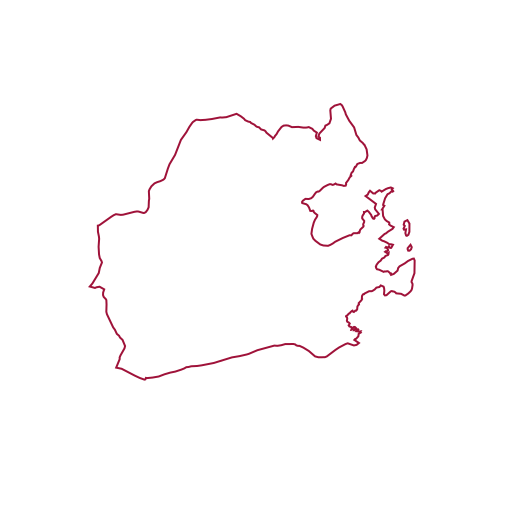 Mtwara, Mtwara, United Republic of Tanzania (Equal Earth projection), rotated 36°
{"feature_id": "72390352B92435052932896", "entity_name": "Mtwara", "entity_type": "district", "adm_level": 2, "iso_a3": "TZA", "parent_name": "United Republic of Tanzania", "parent_adm1": "Mtwara", "projection": "equal_earth", "projection_center": [40.045, -10.477], "detail": "fine", "context": "isolated", "style": "outline", "palette": "rose", "viewbox_px": 512, "rotation_deg": 36, "n_neighbors": 0, "source": "geoboundaries", "source_scale": "gbopen_adm2", "svg_char_len": 6156}
<svg xmlns="http://www.w3.org/2000/svg" viewBox="0 0 512 512"><g transform="rotate(36 256 256)"><path d="M110.2,324.4L113.9,329.3L117.5,332.6L119.0,334.3L123.2,341.0L128.1,347.0L130.8,349.5L134.0,350.9L135.2,351.8L136.6,357.4L138.8,362.2L139.8,374.4L139.5,378.4L144.5,376.5L145.3,375.1L147.5,372.8L152.8,372.2L153.8,375.4L155.2,377.5L156.8,378.6L160.0,379.2L160.9,379.7L163.6,383.1L167.7,389.1L169.6,390.7L182.4,397.7L185.2,398.6L189.2,400.8L192.1,401.0L193.9,401.9L197.3,402.3L203.0,405.8L203.9,408.1L204.8,416.1L205.3,418.2L206.3,419.5L206.6,420.6L208.5,428.5L213.6,426.2L228.4,424.0L233.6,423.0L238.4,421.6L239.0,420.9L238.6,419.3L239.4,419.0L243.7,415.2L248.1,410.7L251.5,405.5L255.2,400.7L258.6,397.0L262.3,391.9L264.0,389.2L265.0,386.9L266.7,385.4L268.4,383.3L273.0,379.6L276.2,376.5L284.7,367.4L296.1,352.2L301.6,346.6L306.4,341.1L307.7,339.4L312.5,331.4L323.5,317.7L326.1,316.1L328.9,313.3L331.4,310.1L338.0,305.2L339.7,304.5L341.2,304.6L342.6,304.1L344.1,303.1L348.1,302.3L354.6,301.8L362.8,302.5L366.1,301.2L371.2,297.4L372.3,295.7L375.5,285.2L377.0,281.1L380.2,274.6L381.4,272.9L381.0,272.9L387.8,270.8L389.6,268.8L390.4,265.9L384.9,266.1L385.0,264.9L385.6,264.2L386.0,260.9L384.8,258.5L385.7,256.4L385.0,256.3L384.9,255.5L383.8,256.5L381.7,257.7L382.0,256.5L382.0,255.4L381.5,255.3L378.9,258.3L378.6,257.4L379.2,256.2L379.2,255.5L377.8,255.3L377.0,255.7L376.4,257.1L376.9,258.4L376.8,259.4L376.5,259.7L376.0,258.2L375.6,257.8L374.9,257.5L372.9,258.1L371.7,257.6L371.8,257.0L371.5,255.5L370.2,255.3L368.4,255.5L367.6,255.0L366.6,253.0L365.8,252.3L364.4,252.0L364.2,251.4L364.8,250.3L364.9,248.1L365.4,247.5L365.5,245.7L365.9,244.1L366.2,243.5L367.2,244.0L368.1,243.8L368.5,241.7L369.1,241.4L369.2,240.6L369.2,239.7L367.7,237.2L367.6,235.0L367.8,234.7L366.8,233.8L367.3,229.7L367.1,228.4L366.7,228.3L365.3,226.1L365.1,224.4L365.3,223.7L365.9,223.3L365.9,222.5L368.2,218.0L370.3,216.5L370.8,215.6L371.7,213.3L372.0,210.8L374.1,208.5L374.2,206.5L377.2,205.8L378.5,206.7L380.2,208.6L382.0,211.7L383.5,212.1L384.6,211.0L385.8,205.4L386.5,204.5L387.7,204.2L388.3,203.7L390.2,203.5L391.4,203.8L395.6,201.3L399.3,200.8L400.1,200.1L401.2,196.9L401.8,193.7L401.8,192.2L401.4,190.7L399.7,187.4L398.8,186.4L397.1,185.6L396.6,184.7L394.3,176.8L387.0,166.4L385.2,165.3L384.2,166.3L381.9,170.7L380.7,174.5L378.2,180.0L378.1,182.2L379.1,184.6L378.0,189.5L376.4,191.8L375.5,190.8L374.9,191.3L374.6,191.0L371.9,190.8L371.0,191.2L370.4,192.0L369.0,193.0L368.6,193.8L363.7,194.7L361.6,195.6L359.9,194.9L359.6,194.2L359.1,194.0L358.7,192.0L358.8,189.0L359.6,186.5L359.5,184.1L360.7,181.8L360.7,179.9L362.2,177.6L362.1,176.7L361.5,175.6L361.2,176.5L358.0,176.7L358.3,175.7L359.1,175.3L359.6,173.9L358.7,173.0L356.9,172.7L355.9,173.1L355.9,172.2L357.0,172.1L357.7,171.5L357.8,170.1L359.8,170.6L360.6,169.9L360.2,166.4L358.2,167.2L357.2,168.1L354.2,168.2L350.9,168.8L349.2,169.4L345.6,169.6L347.1,162.5L347.8,161.4L348.5,158.7L350.5,153.8L350.5,151.7L346.9,152.3L345.1,152.2L344.7,151.2L344.1,150.6L341.2,150.9L338.7,150.6L335.3,148.9L331.1,144.0L330.6,144.3L330.3,139.9L329.0,140.1L328.6,139.6L326.5,133.4L326.1,128.7L327.1,126.8L327.6,124.0L328.7,123.7L328.9,122.9L326.6,122.2L326.8,120.9L324.8,121.3L322.9,123.6L321.7,125.5L319.8,130.1L318.7,129.9L317.1,130.3L315.6,134.5L315.7,135.3L314.1,136.5L309.9,136.2L309.8,138.2L310.3,140.6L309.4,143.1L322.5,143.3L323.6,147.0L325.0,148.2L330.7,149.7L330.3,152.0L328.9,153.6L329.0,154.7L329.7,155.7L329.6,156.6L328.5,156.9L325.8,155.7L325.1,155.1L321.4,154.0L319.4,153.8L318.2,156.6L317.5,157.0L318.4,158.1L318.5,160.7L319.0,162.1L319.9,163.2L322.9,164.0L323.6,165.1L324.0,167.2L324.6,168.0L325.4,168.4L325.6,169.3L324.9,172.9L325.0,174.2L325.9,176.1L325.8,176.7L325.1,176.5L324.6,178.0L321.7,180.1L321.2,181.1L321.0,183.2L319.5,184.2L315.7,190.3L311.7,197.9L310.8,200.7L309.6,203.3L308.3,205.4L304.3,207.9L301.2,208.9L295.1,208.8L292.2,208.3L290.2,207.1L287.8,205.5L285.4,201.0L283.1,195.0L282.4,191.9L282.3,189.1L282.0,187.6L281.5,186.8L278.2,186.7L276.8,186.4L276.0,185.7L275.4,185.7L274.7,186.8L273.4,187.6L270.4,185.6L267.9,184.6L266.2,184.6L262.3,186.0L261.5,185.3L261.4,183.8L262.4,180.7L265.2,178.9L266.7,176.8L267.2,174.7L267.1,171.0L267.2,169.1L268.0,167.6L268.8,167.1L269.3,165.8L270.0,161.5L270.4,160.1L272.2,156.5L273.4,154.6L274.4,153.9L276.1,153.5L276.9,152.6L277.8,150.6L279.1,150.7L284.1,148.2L285.8,147.7L287.2,146.4L286.9,145.2L285.9,144.0L286.0,140.3L285.6,137.3L286.0,135.2L285.1,135.1L284.4,132.3L284.8,130.6L284.1,128.2L283.7,125.8L284.2,125.6L284.2,124.3L283.9,122.0L285.5,119.5L287.1,118.4L288.3,115.2L288.5,113.9L288.1,111.6L287.1,109.2L282.8,104.7L278.2,102.2L277.8,102.4L276.0,101.8L272.1,101.5L269.1,100.0L266.1,99.1L259.8,94.3L252.0,91.8L245.4,88.6L243.8,87.3L238.0,84.0L236.6,83.5L234.8,83.5L231.2,88.2L229.8,92.8L230.5,94.5L236.0,100.9L237.4,105.5L236.4,108.2L235.5,109.7L236.3,112.1L235.3,119.7L236.3,122.7L238.2,122.7L239.5,124.4L235.7,125.1L234.0,123.9L232.7,120.4L229.1,120.6L226.8,120.0L222.9,120.7L221.5,122.3L219.0,124.2L214.3,126.7L209.4,130.6L205.5,131.5L203.6,132.6L201.7,134.3L200.8,136.6L200.6,142.2L201.0,145.5L200.8,147.6L201.0,149.0L200.7,151.0L200.2,150.6L191.9,150.1L190.4,149.5L189.0,149.4L185.7,150.6L182.8,150.1L180.9,150.9L179.8,151.0L177.6,150.7L173.8,151.3L172.5,151.0L170.8,151.8L167.4,152.5L165.6,152.0L161.5,151.9L156.7,152.4L150.4,161.1L147.1,164.0L145.6,164.9L139.8,171.1L135.0,175.6L131.1,178.8L127.9,180.6L127.3,181.5L126.2,184.7L126.1,186.1L126.2,190.7L126.9,196.7L127.0,206.2L131.1,221.8L132.1,232.6L133.3,237.0L136.5,246.6L136.4,247.8L136.1,248.9L134.6,251.7L132.6,254.4L131.2,256.9L130.4,261.1L130.7,264.7L131.2,266.5L136.0,272.5L136.9,274.3L140.5,279.7L141.1,282.5L141.0,285.4L140.3,286.8L139.6,287.4L134.8,289.1L133.5,289.9L131.6,291.8L124.2,300.7L122.5,302.2L118.1,304.5L116.9,306.6L115.8,309.4L111.4,322.5L110.8,323.8L110.2,324.4ZM365.9,146.3L361.1,139.6L357.4,138.0L355.9,140.9L357.1,143.9L358.7,144.2L359.3,147.2L360.3,147.7L361.7,146.3L363.4,149.7L365.4,151.2L366.2,151.0L366.8,149.3L365.9,146.3ZM377.1,161.4L377.5,159.4L376.8,157.3L374.4,156.1L374.1,160.5L374.7,161.4L376.0,162.2L377.1,161.4Z" fill="none" stroke="#9f1239" stroke-width="2"/></g></svg>